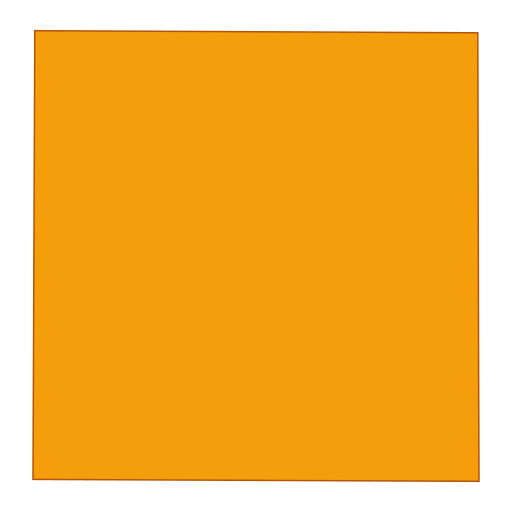 Pocahontas, Iowa, United States of America (Albers equal-area conic projection)
{"feature_id": "52423323B21865505270884", "entity_name": "Pocahontas", "entity_type": "district", "adm_level": 2, "iso_a3": "USA", "parent_name": "United States of America", "parent_adm1": "Iowa", "projection": "albers", "projection_center": [-94.679, 42.734], "detail": "fine", "context": "isolated", "style": "filled", "palette": "amber", "viewbox_px": 512, "rotation_deg": 0, "n_neighbors": 0, "source": "geoboundaries", "source_scale": "gbopen_adm2", "svg_char_len": 198}
<svg xmlns="http://www.w3.org/2000/svg" viewBox="0 0 512 512"><path d="M34.8,30.7L33.0,479.4L479.0,481.3L478.6,370.4L477.8,32.8L34.8,30.7Z" fill="#f59e0b" stroke="#b45309" stroke-width="1.5"/></svg>